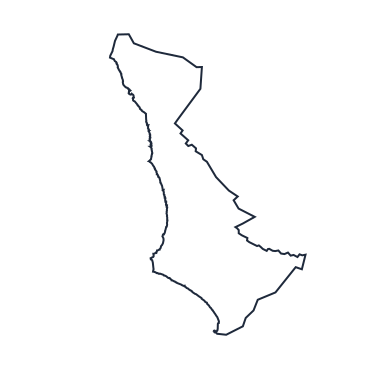 outline of Carmelo, Colonia, Uruguay, rotated 24°
{"feature_id": "84410073B48030888344446", "entity_name": "Carmelo", "entity_type": "district", "adm_level": 2, "iso_a3": "URY", "parent_name": "Uruguay", "parent_adm1": "Colonia", "projection": "orthographic", "projection_center": [-58.246, -34.041], "detail": "fine", "context": "isolated", "style": "outline", "palette": "slate", "viewbox_px": 384, "rotation_deg": 24, "n_neighbors": 0, "source": "geoboundaries", "source_scale": "gbopen_adm2", "svg_char_len": 5996}
<svg xmlns="http://www.w3.org/2000/svg" viewBox="0 0 384 384"><g transform="rotate(24 192 192)"><path d="M60.2,78.3L60.3,79.6L60.2,85.3L61.3,91.3L61.6,93.7L62.1,95.7L61.9,100.7L62.4,102.6L66.8,102.5L67.3,103.1L68.3,103.8L69.9,104.1L70.2,104.5L70.6,104.6L71.0,105.1L70.8,105.4L71.0,105.6L71.5,106.0L72.3,106.2L72.7,106.7L73.0,107.3L73.5,107.9L73.5,108.5L74.9,109.5L75.3,110.0L76.0,110.4L76.8,111.0L76.9,110.9L77.3,111.2L77.6,111.3L77.7,111.6L77.9,111.7L78.0,111.9L79.2,112.6L79.2,113.1L79.7,113.4L80.0,114.2L81.2,115.5L81.5,115.8L81.5,116.1L83.1,117.6L83.3,118.0L83.9,118.7L84.1,119.3L84.0,119.7L85.5,121.8L86.0,122.1L88.0,123.0L89.0,123.3L89.4,123.3L89.8,123.1L90.8,123.4L91.4,123.2L91.8,123.4L92.0,123.8L93.0,123.7L93.8,124.2L94.5,124.4L94.4,124.6L93.9,124.8L93.3,125.3L93.4,125.6L93.7,126.1L93.7,126.4L93.9,126.7L93.9,127.4L94.3,127.5L94.6,127.9L95.0,127.8L96.0,128.1L96.7,127.7L96.9,127.0L97.0,127.1L97.1,126.9L98.5,127.1L99.1,127.4L99.6,128.0L99.9,128.8L100.5,129.2L100.5,129.5L100.3,129.6L100.1,130.1L99.7,130.2L99.7,130.5L100.2,130.8L100.8,132.1L101.2,132.3L101.5,132.5L102.8,132.5L106.4,134.3L107.0,134.9L107.7,134.9L107.9,135.3L109.8,136.0L110.6,137.2L111.2,137.2L111.8,137.6L112.7,137.7L113.2,138.2L113.8,138.4L115.7,138.6L118.2,139.3L118.5,140.2L118.9,140.9L120.5,144.2L121.3,145.5L121.4,146.2L122.1,147.1L122.4,147.0L123.3,148.0L123.4,148.6L123.9,148.6L124.0,149.2L124.4,149.1L124.5,149.4L124.7,149.5L124.9,149.3L124.9,149.7L125.2,149.8L125.7,151.2L125.7,151.5L126.1,151.9L126.6,152.0L126.9,152.7L127.2,152.7L127.2,153.1L127.5,153.9L127.8,153.8L127.7,154.0L129.6,155.7L129.7,156.3L129.9,156.5L130.3,156.5L130.4,156.8L130.7,157.0L130.7,158.0L131.0,158.1L131.0,158.6L131.3,158.8L131.5,158.8L131.7,159.0L131.5,159.4L131.7,159.6L131.5,159.8L131.6,160.3L131.8,160.4L131.8,160.8L132.0,160.9L132.0,161.3L132.4,161.6L132.5,162.1L132.9,162.3L132.5,162.6L133.2,162.7L133.5,163.2L134.1,163.4L134.6,164.0L134.9,164.1L135.0,163.9L135.3,164.3L135.1,164.7L134.8,164.8L134.8,165.4L135.0,165.7L135.5,165.3L136.1,165.8L136.4,166.6L136.0,167.2L135.3,167.6L135.8,167.7L136.8,168.1L137.5,168.8L137.4,169.1L137.6,169.4L137.9,169.6L138.3,170.4L138.8,170.9L138.9,171.3L139.9,172.5L139.8,173.0L140.0,173.2L140.0,173.7L140.2,174.2L140.1,174.5L140.4,175.9L140.6,176.1L140.5,176.3L140.9,177.3L141.0,178.3L141.2,178.6L141.0,179.4L140.7,179.9L140.6,180.4L140.1,181.4L140.8,181.3L140.9,181.5L141.2,181.7L142.4,181.8L143.0,182.1L144.0,182.4L145.9,183.8L147.0,184.3L148.1,185.5L148.3,185.4L148.8,185.8L149.1,186.5L149.7,186.7L150.0,187.0L151.3,187.7L151.6,188.7L152.5,189.3L152.7,190.2L153.4,190.1L153.9,190.4L154.7,191.5L155.0,191.5L155.0,191.9L156.5,192.3L158.2,194.5L159.1,195.8L159.1,196.0L159.5,196.2L159.5,196.4L159.9,196.6L160.0,196.9L161.0,197.4L161.4,198.0L162.1,198.5L164.1,201.4L164.4,201.5L164.3,201.8L164.4,202.3L164.8,202.4L165.1,202.1L165.1,202.5L165.5,202.5L166.1,203.4L166.4,203.7L166.5,204.2L167.3,205.7L168.0,205.9L168.2,206.8L169.1,207.2L169.3,208.3L169.8,208.3L169.8,208.6L170.3,208.7L170.7,210.3L171.6,210.9L171.6,211.2L172.0,211.2L171.8,211.9L172.8,212.3L173.2,213.7L173.3,213.7L173.8,214.6L174.3,214.4L174.3,214.8L174.7,214.8L174.9,216.0L175.6,216.1L176.2,218.4L176.7,219.2L176.7,220.0L177.1,220.5L177.3,221.1L177.3,221.7L178.8,223.6L178.8,223.9L178.9,224.3L179.6,225.1L180.8,227.9L181.1,227.9L181.7,230.5L182.6,232.0L183.0,234.0L182.6,234.3L183.2,237.5L183.2,238.3L183.5,239.0L183.7,240.6L183.6,242.0L183.1,242.0L182.9,242.3L182.8,243.0L183.0,243.5L183.0,244.5L184.6,245.8L185.1,246.5L185.7,247.8L186.3,250.6L186.2,252.6L185.8,253.7L185.8,254.4L186.0,255.3L186.1,256.2L185.8,257.0L185.9,257.7L185.5,257.8L185.4,258.2L184.7,258.9L184.1,259.8L183.9,259.8L184.2,262.0L183.8,262.0L183.8,262.3L183.5,262.4L183.0,263.2L182.3,263.9L182.2,264.1L181.9,264.2L182.3,264.8L182.3,265.0L183.0,266.0L183.1,266.5L183.0,266.9L183.0,267.1L181.8,268.4L181.7,268.8L181.4,269.0L180.6,269.9L181.1,269.7L182.1,270.1L182.1,270.3L182.7,270.3L183.5,270.6L183.8,271.1L184.1,271.4L184.9,272.4L187.8,277.4L188.3,278.1L188.4,279.0L188.8,280.6L189.7,280.3L190.2,280.4L190.5,280.2L191.7,280.2L192.6,280.5L193.2,280.1L193.6,280.1L193.8,280.2L194.8,280.0L195.2,280.2L196.0,279.6L199.1,279.3L199.7,279.3L200.1,279.7L201.7,279.4L202.9,279.5L204.9,280.1L205.7,280.1L206.3,279.7L206.5,279.7L206.6,279.9L207.0,279.9L207.7,280.1L207.9,280.4L209.3,280.7L209.4,280.9L209.7,280.7L211.9,280.9L212.6,280.7L213.2,281.0L214.3,281.1L214.6,280.9L215.2,281.2L219.3,281.0L220.3,281.0L220.6,281.2L222.4,281.2L223.4,280.6L223.7,281.3L225.0,281.4L226.1,281.9L227.5,281.8L229.0,282.3L230.1,282.4L230.2,282.5L231.8,282.5L232.1,282.9L232.6,282.9L233.3,283.3L236.1,283.8L237.4,283.7L240.7,284.5L243.8,285.0L244.3,285.6L247.7,286.3L248.3,286.8L249.2,287.1L250.4,287.0L250.8,287.2L251.3,288.0L251.8,288.1L252.3,288.4L252.9,288.5L253.9,289.0L255.3,290.0L256.5,290.3L258.5,291.6L259.2,291.7L259.4,292.0L261.0,292.9L261.5,293.3L262.6,293.9L264.7,295.3L266.0,296.0L269.0,299.0L269.4,299.6L269.4,300.1L269.8,300.7L269.2,301.5L269.3,302.1L271.1,306.4L271.3,307.1L271.3,307.7L271.5,308.0L271.4,308.7L270.7,309.4L270.0,309.7L269.1,309.4L268.8,309.8L268.5,309.9L268.5,310.1L269.3,310.1L269.7,310.6L269.7,311.0L270.1,311.0L270.7,310.7L272.2,311.0L272.6,311.3L281.3,308.5L293.1,294.0L292.3,285.2L296.4,275.2L295.9,263.7L309.1,249.8L317.3,218.5L323.8,217.9L321.2,203.1L318.5,205.0L315.6,205.2L314.8,208.5L310.4,208.2L308.0,210.0L304.3,208.3L301.7,211.1L298.4,212.0L294.7,210.3L292.1,212.1L289.6,212.9L285.7,212.5L284.6,213.2L284.2,215.4L279.8,215.2L277.0,214.2L274.8,213.6L273.4,214.9L264.7,214.5L262.0,213.9L261.3,211.5L255.3,211.3L251.5,210.7L250.2,207.8L248.0,206.8L246.0,206.4L251.2,200.2L259.4,189.2L241.3,188.2L233.4,182.6L235.6,177.5L225.1,175.7L207.9,168.6L193.3,158.3L189.0,157.5L186.0,154.2L178.8,153.3L177.9,150.5L172.6,148.9L169.9,151.5L166.6,150.2L167.5,146.3L157.7,143.2L158.4,139.6L148.5,136.3L149.6,130.9L157.7,94.3L150.2,73.8L145.4,76.1L128.9,72.7L102.1,78.5L78.4,79.8L70.1,73.6L60.2,78.3Z" fill="none" stroke="#1e293b" stroke-width="2"/></g></svg>